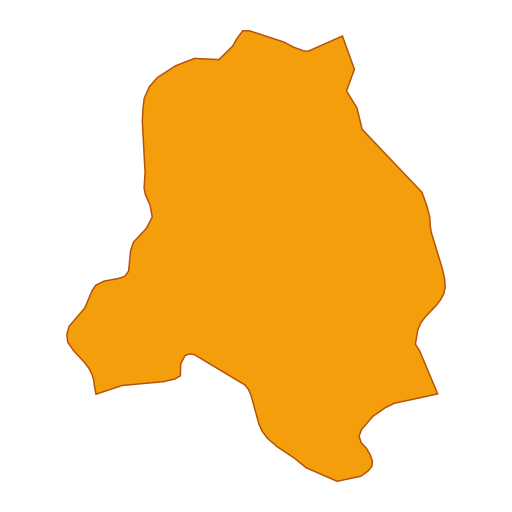 SVG path tracing the border of Delhi
{"feature_id": "IND-2428", "entity_name": "Delhi", "entity_type": "Union Territory", "adm_level": 1, "iso_a3": "IND", "parent_name": "India", "parent_adm1": "", "projection": "equal_earth", "projection_center": [77.088, 28.657], "detail": "fine", "context": "isolated", "style": "filled", "palette": "amber", "viewbox_px": 512, "rotation_deg": 0, "n_neighbors": 0, "source": "natural_earth", "source_scale": "10m", "svg_char_len": 1229}
<svg xmlns="http://www.w3.org/2000/svg" viewBox="0 0 512 512"><path d="M342.4,36.0L354.4,69.3L346.5,91.0L356.9,107.8L362.2,129.4L422.1,192.5L426.8,205.8L429.8,217.1L430.2,225.8L431.2,232.1L442.4,268.8L444.7,279.4L445.2,287.1L443.8,293.8L440.5,299.8L436.7,304.9L425.3,316.9L420.8,322.9L417.8,329.9L415.4,344.1L419.5,350.6L437.7,393.9L394.3,403.3L385.3,407.7L373.0,416.2L361.7,429.3L359.0,436.3L361.4,443.0L366.5,448.4L370.4,455.2L372.4,461.2L371.9,466.3L368.1,471.0L360.9,476.2L337.1,481.3L306.2,467.8L294.7,458.4L277.0,446.6L267.2,438.1L261.9,430.8L258.9,424.0L251.2,395.9L248.6,389.7L245.0,385.0L194.3,354.6L189.8,353.9L185.1,355.5L180.7,363.9L180.4,375.8L174.9,379.0L163.7,381.6L122.1,385.5L96.0,394.2L94.3,385.0L93.7,380.2L92.2,374.7L89.1,368.6L84.9,362.9L73.6,350.7L67.8,342.3L66.8,334.5L69.2,326.2L84.9,307.8L92.2,290.4L95.9,285.1L104.1,281.1L117.8,278.6L124.5,276.5L128.6,271.1L130.6,250.7L133.4,242.3L146.4,228.3L152.2,217.0L150.1,205.3L145.3,194.3L144.1,188.0L145.1,172.7L142.3,121.1L143.0,108.4L144.2,98.3L149.4,86.6L157.6,77.4L175.7,65.7L194.5,58.4L218.9,59.6L232.6,46.2L236.6,39.1L242.8,30.7L249.5,30.8L284.0,42.1L293.7,47.2L303.6,50.9L308.2,51.2L342.4,36.0Z" fill="#f59e0b" stroke="#b45309" stroke-width="1.5"/></svg>